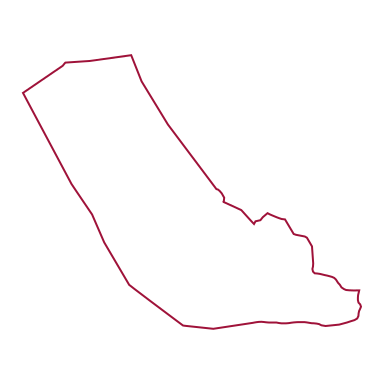 the district of Jardan, Shabwah, Yemen
{"feature_id": "15242507B34069744154073", "entity_name": "Jardan", "entity_type": "district", "adm_level": 2, "iso_a3": "YEM", "parent_name": "Yemen", "parent_adm1": "Shabwah", "projection": "albers", "projection_center": [46.986, 15.184], "detail": "fine", "context": "isolated", "style": "outline", "palette": "rose", "viewbox_px": 384, "rotation_deg": 0, "n_neighbors": 0, "source": "geoboundaries", "source_scale": "gbopen_adm2", "svg_char_len": 1619}
<svg xmlns="http://www.w3.org/2000/svg" viewBox="0 0 384 384"><path d="M253.1,322.8L254.0,322.6L256.3,322.2L258.8,321.9L261.4,321.8L263.8,322.0L266.2,322.3L268.6,322.5L271.0,322.5L273.7,322.5L276.3,322.5L278.8,323.0L281.2,323.3L283.7,323.3L286.4,323.3L288.9,323.1L291.4,322.7L293.9,322.4L296.5,322.2L299.0,322.1L301.7,322.1L304.2,322.1L306.7,322.4L309.1,322.8L311.5,323.2L313.9,323.3L316.7,323.6L319.1,324.1L321.4,325.3L325.6,326.0L339.2,324.6L347.0,322.5L350.9,321.2L354.5,320.1L357.2,318.5L358.4,316.0L358.6,313.4L359.1,311.0L360.1,308.9L361.0,306.7L360.2,304.4L358.5,302.6L357.9,300.1L357.9,297.6L358.1,295.1L358.7,292.6L359.2,290.4L356.7,290.4L354.3,290.5L351.9,290.4L349.4,290.3L346.1,290.0L344.0,289.1L341.5,287.4L339.8,284.7L338.1,282.9L337.0,281.2L335.9,279.5L334.2,277.9L332.0,276.9L329.5,276.2L327.2,275.6L324.8,275.1L322.4,274.5L319.9,273.9L317.2,273.5L314.7,273.3L313.0,271.6L312.4,269.0L313.0,266.5L313.2,263.5L312.0,246.4L307.8,239.2L306.9,237.7L304.8,236.5L296.0,234.8L293.7,234.0L285.0,219.4L284.0,219.3L281.6,219.0L279.2,218.2L276.8,217.3L274.6,216.4L272.2,215.4L269.9,214.4L267.5,213.2L262.8,217.2L260.4,220.2L255.5,221.3L254.0,224.0L250.8,220.6L241.3,210.1L223.9,202.1L223.6,202.0L223.5,201.6L223.8,201.3L224.2,197.7L221.7,193.3L219.6,190.9L217.9,189.5L216.4,189.1L167.9,124.5L141.6,81.4L131.2,55.2L89.5,61.0L84.7,61.3L65.4,62.6L64.8,63.2L62.7,65.8L52.7,72.6L23.0,92.9L31.6,109.1L71.5,184.0L76.4,191.3L92.1,214.5L104.2,242.4L129.2,284.9L130.3,285.7L134.5,289.0L150.7,301.3L166.7,313.3L177.5,321.4L183.0,325.5L185.0,325.8L213.3,328.8L253.1,322.8Z" fill="none" stroke="#9f1239" stroke-width="2"/></svg>